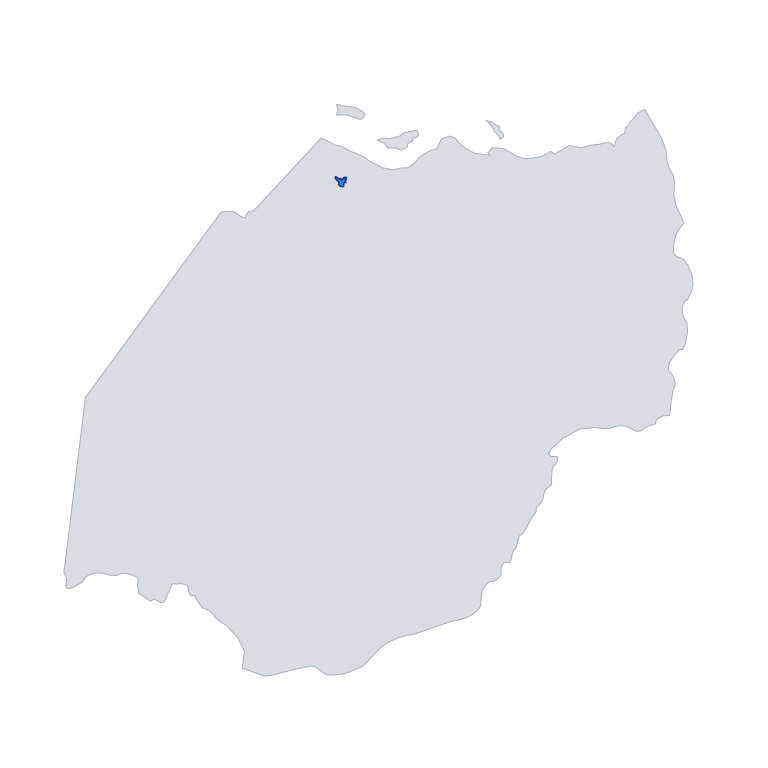 location of Korogwe Township Authority, Tanga, United Republic of Tanzania, rotated 277°
{"feature_id": "72390352B41893572728253", "entity_name": "Korogwe Township Authority", "entity_type": "district", "adm_level": 2, "iso_a3": "TZA", "parent_name": "United Republic of Tanzania", "parent_adm1": "Tanga", "projection": "mercator", "projection_center": [38.503, -5.145], "detail": "fine", "context": "in_parent", "style": "filled", "palette": "blue", "viewbox_px": 768, "rotation_deg": 277, "n_neighbors": 0, "source": "geoboundaries", "source_scale": "gbopen_adm2", "svg_char_len": 6261}
<svg xmlns="http://www.w3.org/2000/svg" viewBox="0 0 768 768"><g transform="rotate(277 384 384)"><path d="M276.2,550.8L267.3,546.0L259.2,543.2L252.6,540.0L249.6,536.9L243.4,535.7L238.0,535.2L233.0,532.3L222.8,531.2L221.7,529.3L221.5,525.0L219.7,523.9L216.0,522.8L212.0,522.9L209.6,523.5L208.1,523.2L204.8,520.7L201.7,517.5L200.6,512.4L195.9,509.1L190.5,506.5L175.5,506.8L173.2,506.0L169.6,503.4L165.4,499.1L162.1,494.3L159.1,487.7L156.1,478.7L138.9,443.3L137.2,436.5L133.8,429.1L128.3,420.0L122.5,413.2L114.6,407.1L105.7,400.9L100.9,396.8L91.6,380.2L89.8,372.4L88.3,364.3L88.9,361.0L94.7,350.6L95.3,347.7L94.6,343.8L91.7,335.5L88.1,325.4L80.8,307.1L79.8,302.5L79.9,299.0L84.2,280.5L84.1,277.9L101.3,278.2L113.8,270.1L124.8,257.9L126.9,252.9L131.4,245.1L135.8,241.2L137.4,238.5L139.9,230.8L145.7,225.5L151.2,221.4L150.1,218.6L150.9,217.5L154.0,215.5L159.9,213.6L161.0,209.5L161.0,204.9L160.1,202.3L160.2,199.4L159.3,197.7L155.5,197.3L149.7,195.0L144.9,194.0L141.6,192.7L140.4,191.7L139.9,188.9L142.6,181.8L139.9,178.9L145.9,167.2L147.0,165.7L149.1,165.6L152.6,164.3L155.8,163.7L158.4,164.2L160.3,163.7L162.0,162.4L163.4,158.4L164.6,151.7L163.9,146.3L161.5,142.1L160.8,135.7L161.9,127.1L161.1,120.0L158.4,114.3L155.5,110.9L151.2,109.3L144.5,100.6L142.4,96.4L142.8,93.8L145.1,92.6L149.4,93.0L153.5,92.0L157.2,89.6L160.9,89.0L162.9,89.3L334.1,89.3L534.2,201.0L535.1,202.4L536.6,212.0L536.3,215.3L533.2,220.8L532.3,223.7L532.3,225.7L533.0,226.5L535.7,226.8L537.9,228.1L538.7,229.2L540.4,233.3L542.6,235.4L618.7,290.4L620.4,291.2L619.3,295.8L615.0,307.0L614.8,311.6L613.1,317.1L611.5,320.8L607.1,336.5L603.4,342.4L598.4,356.2L597.6,366.8L600.4,374.2L601.4,381.1L607.3,387.9L612.0,390.4L615.1,393.5L620.8,400.6L624.0,407.7L634.1,411.2L638.1,419.2L636.7,424.7L632.0,429.3L627.6,436.7L624.0,446.4L624.0,461.3L626.3,459.0L631.7,462.7L632.4,473.6L626.9,486.4L625.2,492.4L624.9,497.5L628.9,512.8L635.0,520.6L634.5,523.0L632.9,525.1L643.3,538.9L642.5,550.9L646.3,560.2L648.1,568.3L650.6,574.6L651.1,578.9L647.9,583.6L655.5,584.8L659.9,588.7L662.0,592.4L667.5,592.3L670.4,594.8L674.7,596.9L684.1,603.2L686.7,606.4L688.2,609.4L662.3,629.2L652.9,634.3L646.2,636.6L639.1,637.9L632.3,641.1L625.9,646.0L617.6,648.4L607.6,648.5L597.1,651.9L580.5,662.2L570.9,656.5L563.3,654.7L554.6,654.8L549.3,655.6L547.4,656.8L545.8,660.3L544.3,666.0L538.6,671.5L528.6,676.8L519.4,678.7L511.0,677.4L505.3,675.2L502.3,672.1L497.9,670.7L492.1,671.0L486.6,673.1L481.2,677.3L472.8,679.0L461.1,678.5L454.9,676.5L454.0,673.1L448.9,669.1L439.6,664.5L432.7,664.4L428.3,668.8L424.3,671.6L420.6,672.7L417.4,672.8L412.7,671.6L399.8,671.2L387.6,671.3L386.4,665.0L383.8,661.1L381.7,658.7L377.5,658.2L376.3,656.4L374.9,652.4L372.8,649.0L370.0,646.2L368.4,643.6L367.8,641.2L368.3,638.6L370.8,632.1L371.6,627.6L371.3,623.0L370.0,618.3L367.1,612.7L367.4,611.1L366.4,607.3L366.3,604.7L366.9,601.3L366.3,597.0L363.8,587.7L363.8,585.3L361.2,580.8L353.1,570.1L352.7,568.7L340.0,558.0L335.0,555.6L333.1,557.6L332.4,559.5L333.0,562.9L332.7,564.6L332.1,565.4L329.1,565.3L327.2,564.9L322.4,562.0L318.7,561.3L309.4,561.8L306.1,562.5L303.6,561.9L298.6,556.9L292.9,555.9L287.7,555.7L279.2,550.1L276.2,550.8ZM635.4,372.5L639.6,384.2L639.1,386.4L636.1,387.7L634.6,387.9L632.7,386.0L631.4,382.0L629.2,383.0L625.4,378.3L621.6,378.0L618.3,372.4L619.6,367.5L618.8,359.1L622.9,354.9L625.2,347.7L627.8,352.6L628.4,360.2L632.0,369.3L635.4,372.5ZM655.5,302.9L655.9,305.7L655.0,308.3L655.2,316.6L654.9,322.1L651.8,329.7L649.2,332.4L646.9,331.6L645.1,330.4L643.6,328.3L646.6,314.3L645.1,304.1L650.9,305.0L655.5,302.9ZM647.1,471.7L644.2,472.5L643.0,471.8L641.2,469.5L644.4,467.5L647.4,463.7L654.5,458.1L657.8,453.6L657.3,458.0L653.3,467.5L649.9,468.1L647.1,471.7Z" fill="#d9dde1" stroke="#a8b0b8" stroke-width="1"/><path d="M583.8,321.4L584.0,321.3L584.1,321.2L584.2,320.9L584.3,320.9L584.4,321.0L584.4,320.9L584.5,320.9L584.5,320.7L584.5,320.3L584.5,320.2L584.4,320.1L584.4,319.9L584.2,319.9L584.0,319.7L583.9,319.5L583.9,319.4L583.8,319.5L583.7,319.5L583.4,319.5L583.3,319.4L583.2,319.3L583.2,319.2L583.3,319.0L583.4,318.9L583.5,319.0L583.5,318.9L583.4,318.7L583.5,318.6L583.4,318.5L583.2,318.6L582.9,318.7L582.7,318.7L582.7,318.8L582.8,318.9L582.9,319.0L582.7,319.0L582.7,318.9L582.4,318.7L582.5,318.5L582.7,318.4L582.8,318.4L582.7,318.3L582.7,318.2L582.4,318.2L582.4,318.3L582.2,318.2L582.0,317.9L582.1,317.7L581.9,317.5L581.8,317.4L582.0,317.4L582.1,317.2L582.0,316.9L582.1,316.6L582.3,316.4L582.3,316.1L582.3,315.9L582.5,315.7L582.5,315.4L582.4,315.3L582.4,315.2L582.2,315.1L581.8,315.2L581.9,314.9L582.0,314.8L582.0,314.7L582.0,314.4L582.1,314.2L582.3,314.1L582.5,313.9L582.4,313.8L582.5,313.7L582.6,313.4L582.6,313.2L582.7,312.9L582.8,312.9L582.9,312.7L583.1,312.6L583.2,312.4L583.3,312.3L583.4,312.2L583.5,312.0L583.5,311.9L583.5,311.7L583.7,311.3L583.7,311.2L583.8,311.1L583.8,310.9L583.8,310.7L583.7,310.6L583.3,310.6L583.1,310.6L582.9,310.6L582.7,310.6L582.4,310.5L582.2,310.5L581.9,310.7L581.8,310.8L581.7,310.9L581.7,311.0L581.5,311.3L581.5,311.5L581.6,311.8L581.4,312.1L581.0,312.1L580.6,312.2L580.5,312.3L580.4,312.3L580.3,312.5L580.2,312.7L580.2,312.9L580.1,313.0L579.8,313.2L579.7,313.3L579.6,313.6L579.5,313.9L579.5,314.2L579.4,314.2L579.1,314.2L579.0,314.3L578.8,314.3L578.7,314.3L578.6,314.5L578.4,314.6L578.3,314.8L578.2,315.0L577.9,315.1L577.4,314.8L577.1,314.7L576.9,314.6L576.7,314.5L576.4,314.6L576.2,314.8L576.1,315.0L575.9,315.1L575.8,315.3L575.8,315.6L575.7,315.8L575.1,316.2L575.0,316.3L574.9,316.5L574.8,317.0L574.8,317.4L574.8,317.7L574.8,317.8L574.8,318.0L574.8,318.3L574.8,318.8L574.8,319.0L575.0,319.4L575.1,319.6L575.2,319.8L575.4,319.8L575.7,319.8L576.0,319.7L576.6,319.7L576.8,319.7L577.2,319.7L577.6,319.6L578.0,319.5L578.3,319.6L578.5,319.8L578.7,320.0L578.8,320.1L578.9,320.3L578.9,320.5L579.0,320.7L579.1,320.8L579.3,320.8L579.3,320.7L579.5,320.8L579.6,321.0L579.5,321.3L579.7,321.5L579.8,321.5L580.0,321.5L580.0,321.4L579.9,321.4L580.0,321.3L580.1,321.2L580.1,321.3L580.3,321.4L580.5,321.3L580.7,321.2L580.8,321.2L581.0,321.1L581.3,321.1L581.5,320.9L581.8,320.8L582.0,320.8L582.3,320.9L582.3,321.0L582.5,321.1L582.6,321.3L582.7,321.2L582.8,321.2L582.9,321.3L583.0,321.4L583.3,321.2L583.5,321.2L583.7,321.3L583.8,321.3L583.8,321.4Z" fill="#3b82f6" stroke="#1e3a8a" stroke-width="1.5"/></g></svg>